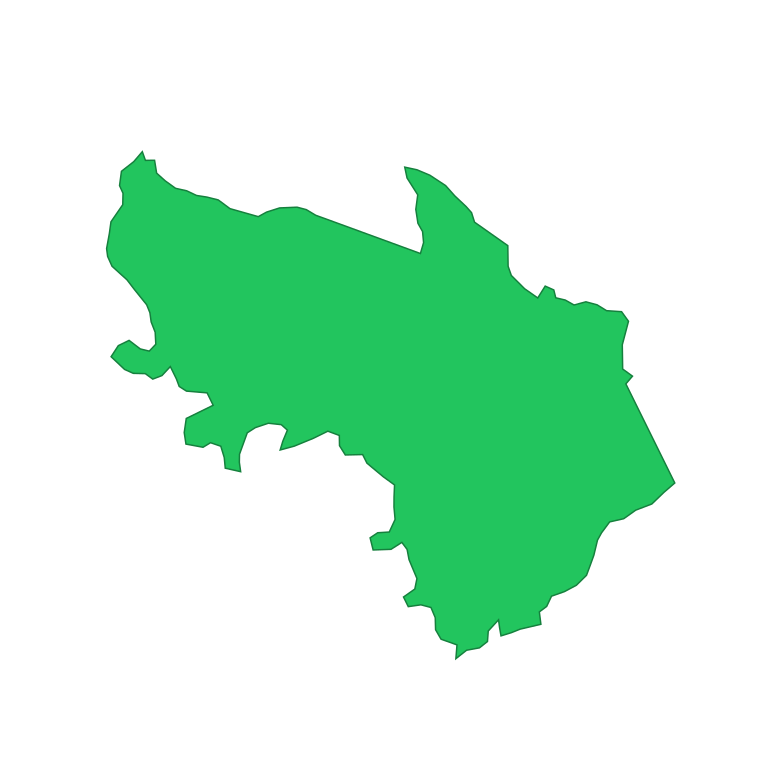 the district of Kaloré, Paraná, Brazil, rotated 76°
{"feature_id": "56859067B74207450909623", "entity_name": "Kaloré", "entity_type": "district", "adm_level": 2, "iso_a3": "BRA", "parent_name": "Brazil", "parent_adm1": "Paraná", "projection": "robinson", "projection_center": [-51.69, -23.863], "detail": "fine", "context": "isolated", "style": "filled", "palette": "green", "viewbox_px": 768, "rotation_deg": 76, "n_neighbors": 0, "source": "geoboundaries", "source_scale": "gbopen_adm2", "svg_char_len": 2114}
<svg xmlns="http://www.w3.org/2000/svg" viewBox="0 0 768 768"><g transform="rotate(76 384 384)"><path d="M667.9,380.7L662.3,368.3L663.1,355.2L658.9,345.9L648.9,342.6L640.5,329.9L648.4,330.8L656.7,331.4L656.1,320.6L654.8,311.2L655.1,289.9L642.7,288.4L639.2,280.0L630.4,272.8L629.1,259.1L625.8,246.0L618.6,233.8L609.7,227.7L600.9,221.8L587.1,214.6L581.0,208.9L572.4,198.4L572.7,184.0L567.3,170.3L565.2,153.1L556.8,138.5L550.4,125.8L442.4,149.3L436.5,141.0L427.2,148.8L403.6,143.3L382.3,131.6L371.3,136.0L366.7,150.3L358.7,158.1L353.1,168.2L353.3,180.5L346.4,187.8L341.9,196.5L333.8,196.5L328.0,203.9L337.7,214.0L325.6,224.5L309.5,234.2L299.8,235.1L279.7,230.4L248.9,257.0L238.9,257.6L231.7,261.4L218.6,269.8L206.4,276.2L192.5,289.0L184.1,300.2L178.6,311.4L189.7,311.8L208.6,305.5L222.3,310.9L236.3,312.2L245.4,309.7L256.4,311.4L266.2,317.1L209.9,400.3L203.8,409.4L196.0,417.2L191.4,425.6L187.9,442.7L188.8,456.4L191.2,465.5L176.6,491.0L165.3,500.3L159.8,510.6L155.7,520.3L148.8,528.7L143.7,538.9L134.0,547.1L124.4,553.6L111.4,552.5L109.3,561.4L100.1,562.3L107.7,573.0L114.1,587.3L127.5,592.6L135.8,591.1L146.8,594.1L160.6,609.7L171.6,614.1L185.5,620.4L193.4,621.3L204.0,619.4L220.7,608.2L232.2,603.2L249.7,595.1L258.2,593.9L267.4,594.9L278.4,593.5L290.2,595.8L295.3,603.8L291.0,612.0L280.0,620.8L282.5,632.5L291.5,642.2L307.1,632.2L313.0,624.7L316.2,613.1L323.3,607.2L322.1,597.4L315.4,587.1L328.9,584.2L336.9,583.3L343.1,577.4L349.8,557.8L363.3,554.9L369.6,584.2L382.8,589.6L394.4,590.7L401.6,574.9L399.0,566.5L404.9,557.4L416.7,556.8L427.3,558.4L434.4,544.3L425.0,543.3L417.2,541.2L398.3,528.5L395.2,519.4L394.1,505.7L398.6,493.5L405.4,488.9L415.0,496.0L422.9,500.7L422.6,486.1L419.6,465.7L416.2,449.9L423.1,439.8L433.1,442.1L443.5,438.7L447.3,421.8L456.7,419.7L473.9,407.1L484.5,398.2L496.1,401.6L505.8,404.1L518.1,406.0L528.9,414.7L526.8,426.1L529.9,434.7L542.4,434.7L546.1,417.2L542.0,405.0L550.1,401.6L560.5,402.2L580.7,399.1L590.4,403.7L595.4,416.6L605.9,414.3L607.2,401.6L612.2,392.5L623.1,390.8L634.9,393.4L645.4,390.4L654.8,376.3L667.9,380.7Z" fill="#22c55e" stroke="#15803d" stroke-width="1.5"/></g></svg>